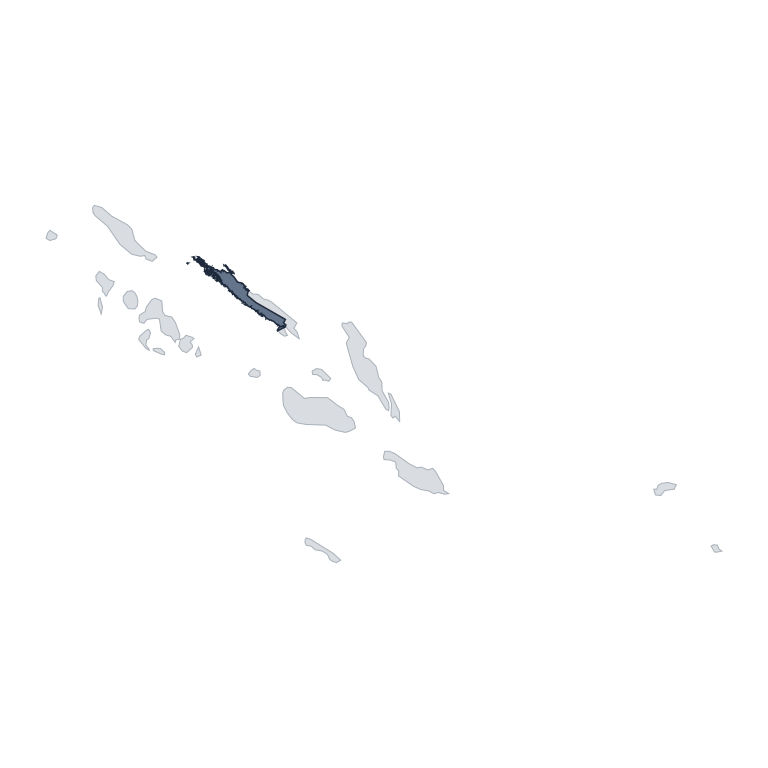 location of Hograno-Kia-Havulei, Isabel, Solomon Islands
{"feature_id": "97153195B62958617202697", "entity_name": "Hograno-Kia-Havulei", "entity_type": "district", "adm_level": 2, "iso_a3": "SLB", "parent_name": "Solomon Islands", "parent_adm1": "Isabel", "projection": "robinson", "projection_center": [158.602, -7.881], "detail": "fine", "context": "in_parent", "style": "filled", "palette": "slate", "viewbox_px": 768, "rotation_deg": 0, "n_neighbors": 0, "source": "geoboundaries", "source_scale": "gbopen_adm2", "svg_char_len": 9750}
<svg xmlns="http://www.w3.org/2000/svg" viewBox="0 0 768 768"><path d="M291.3,387.6L304.5,398.5L310.2,397.5L327.6,397.7L337.9,405.6L343.9,409.2L347.3,416.2L351.5,417.8L354.0,421.4L355.5,427.9L349.1,431.4L345.3,432.4L335.2,430.1L325.6,425.1L306.4,424.5L297.5,423.0L294.4,421.1L291.6,418.6L287.1,412.5L283.5,405.3L283.0,401.1L282.7,393.1L283.8,390.2L287.4,387.3L291.3,387.6ZM351.5,322.0L366.4,342.4L365.8,346.0L363.7,348.3L363.1,355.2L365.0,357.8L369.1,359.0L376.0,366.3L379.0,378.0L381.9,382.0L382.0,390.6L388.6,402.4L389.1,408.1L388.5,410.7L385.8,409.2L377.9,395.8L368.9,390.0L367.9,387.5L358.8,379.6L352.8,366.5L346.2,343.0L349.3,337.4L341.9,326.0L342.2,323.0L347.6,323.5L348.6,322.2L351.5,322.0ZM297.2,332.2L299.2,338.7L291.1,332.9L285.0,326.0L267.5,318.4L263.7,314.5L260.6,314.0L251.6,307.6L242.8,303.3L236.1,295.5L232.8,294.2L227.3,288.1L221.9,284.1L220.0,276.7L214.8,271.6L213.5,269.4L230.2,273.5L237.9,281.6L244.5,286.1L246.8,289.4L252.8,294.0L258.1,294.4L263.4,298.9L268.3,300.2L272.1,302.5L296.9,322.9L293.9,328.3L297.2,332.2ZM409.3,463.8L416.9,467.8L421.3,467.1L427.8,469.9L432.7,468.3L435.8,471.9L443.6,485.8L443.6,490.4L448.7,493.6L444.4,494.2L438.4,492.5L433.7,493.7L428.9,491.0L420.7,489.5L413.5,486.3L398.6,476.0L398.7,470.9L396.3,468.4L395.6,462.0L390.2,460.0L384.0,459.6L383.5,456.6L384.7,451.3L389.3,451.3L394.9,453.6L409.3,463.8ZM155.1,254.8L157.0,257.2L152.3,261.3L146.2,259.1L144.7,255.5L140.4,256.3L131.9,254.3L120.0,244.5L107.4,226.1L95.3,215.9L93.0,212.7L92.7,207.5L94.3,205.4L101.9,207.6L111.6,216.1L127.5,224.8L131.9,229.3L134.7,240.0L137.4,243.1L146.0,251.4L155.1,254.8ZM171.8,317.1L175.5,322.7L179.9,335.2L179.1,339.5L176.0,339.7L175.1,342.4L170.9,336.4L165.3,334.7L161.2,331.0L159.4,319.0L156.1,318.2L147.0,319.4L144.0,323.3L139.8,322.1L138.9,318.5L139.6,315.0L145.2,311.6L146.3,307.1L151.9,299.5L155.3,298.2L161.8,301.0L162.7,311.8L165.0,315.4L171.8,317.1ZM340.7,560.2L336.5,562.6L332.7,561.4L329.8,559.6L327.4,554.3L322.3,551.1L315.1,549.7L311.3,546.3L306.3,545.3L304.9,542.4L305.3,539.5L306.1,537.9L310.8,539.4L333.0,553.2L340.7,560.2ZM107.0,295.3L105.8,296.2L103.8,292.5L102.4,291.4L102.4,287.3L96.3,280.6L95.8,276.0L99.3,271.4L104.1,274.1L108.8,279.7L114.3,281.6L113.1,285.4L108.2,292.1L107.0,295.3ZM137.3,306.1L134.8,309.0L128.3,308.6L123.3,301.5L123.3,296.3L127.2,291.5L132.0,290.7L134.6,292.5L137.0,296.5L137.9,301.6L137.3,306.1ZM192.5,347.3L186.6,352.7L182.2,350.9L178.7,346.3L180.5,339.2L184.0,337.8L185.9,335.3L192.3,337.3L194.0,338.6L190.1,342.0L192.2,344.8L192.5,347.3ZM674.6,489.1L664.7,490.6L660.8,495.5L655.7,495.0L654.0,490.9L654.0,489.0L656.7,489.3L658.2,485.4L661.2,483.4L668.1,482.5L676.4,484.7L674.4,488.2L674.6,489.1ZM399.4,411.7L399.7,421.5L395.1,416.2L393.0,418.1L391.0,415.5L391.5,404.0L388.3,393.1L390.9,394.1L399.4,411.7ZM149.2,349.3L149.2,350.3L145.9,348.4L138.6,339.2L139.9,336.1L146.6,330.1L148.7,329.3L150.5,333.0L148.9,338.5L146.7,339.9L145.8,345.0L149.2,349.3ZM316.4,368.6L321.6,369.4L330.8,378.5L328.7,381.3L324.4,379.9L322.9,380.5L321.5,377.4L316.9,374.7L312.7,374.4L312.1,371.2L316.4,368.6ZM257.5,377.4L250.4,376.4L248.3,374.0L250.8,370.7L254.0,368.4L256.8,370.4L259.9,371.0L260.2,375.3L257.5,377.4ZM55.9,238.8L49.8,240.5L46.1,238.3L47.7,233.0L49.8,230.3L57.3,235.1L55.9,238.8ZM287.5,335.3L284.7,336.2L280.4,333.7L278.6,331.4L279.5,327.8L282.0,326.5L284.8,328.9L285.1,331.3L287.5,335.3ZM721.9,551.1L716.6,552.2L714.5,552.0L711.1,546.1L713.7,544.7L717.5,545.2L718.7,548.7L721.9,551.1ZM164.7,352.4L164.5,354.8L161.1,354.1L153.4,350.5L153.1,348.8L157.5,348.2L160.7,348.7L164.7,352.4ZM102.5,307.1L101.2,314.0L98.1,305.5L98.8,298.6L99.9,297.7L102.5,307.1ZM201.2,355.1L196.8,357.0L195.3,354.3L198.6,346.9L201.2,355.1Z" fill="#d9dde1" stroke="#a8b0b8" stroke-width="1"/><path d="M285.9,325.0L283.5,322.8L285.4,319.5L284.7,319.0L256.0,302.6L247.2,295.4L247.9,292.0L249.1,290.6L248.2,290.2L248.3,289.4L247.7,290.5L246.0,290.1L245.7,288.6L244.1,287.8L245.9,286.7L245.8,286.3L243.9,285.7L244.1,285.0L242.8,283.6L241.8,283.7L241.9,283.0L237.5,282.2L234.0,276.9L230.4,273.7L230.2,271.8L227.1,273.0L223.9,270.4L223.3,271.3L222.4,269.8L221.4,270.4L220.9,272.5L218.7,270.6L217.6,271.1L217.4,269.8L214.1,269.5L213.6,267.9L211.9,267.3L212.2,267.9L211.4,268.7L212.2,269.6L211.6,269.8L212.8,270.1L211.9,270.4L212.3,271.1L214.7,272.4L214.9,273.2L215.6,272.7L219.4,276.5L220.4,278.6L220.0,280.3L220.4,279.7L221.5,280.2L221.2,280.4L221.4,281.3L220.9,282.6L221.3,283.5L221.6,282.7L223.8,285.4L224.2,284.6L225.4,285.0L225.5,286.3L226.8,286.1L229.8,290.3L231.4,290.6L229.4,290.5L229.6,291.4L230.7,291.3L231.8,292.6L232.3,291.6L233.1,293.1L232.4,293.0L232.6,294.4L234.1,294.0L234.6,295.3L235.0,294.9L235.7,295.4L235.0,295.5L235.5,296.8L236.5,296.9L235.9,295.6L237.0,296.5L237.5,297.6L237.2,297.9L237.6,298.4L238.4,298.1L239.5,299.4L240.1,298.9L241.8,301.2L243.1,301.1L243.5,302.1L242.9,302.8L245.0,302.4L246.3,305.0L247.5,304.3L246.6,305.1L249.5,306.9L250.5,307.2L250.2,306.6L251.3,306.2L250.9,307.4L251.9,308.6L253.8,308.8L255.4,310.7L256.1,310.3L256.5,310.4L256.2,311.2L257.6,310.8L256.9,311.6L257.7,312.8L258.2,312.3L259.1,314.4L260.1,313.7L260.2,314.6L261.5,314.0L262.8,314.5L262.9,315.1L261.6,314.8L261.5,315.9L264.0,315.3L266.1,317.9L266.0,318.9L266.8,318.3L269.8,320.2L270.9,319.9L271.9,320.9L273.3,321.0L276.6,324.3L278.2,324.5L277.8,325.5L278.9,325.2L280.1,326.7L283.3,325.7L285.2,326.8L285.9,325.0ZM217.4,276.4L213.2,272.0L212.4,272.2L212.7,273.0L211.6,272.8L210.5,272.3L211.0,271.5L209.9,271.9L208.0,270.1L207.8,270.8L206.8,270.6L208.4,272.3L208.2,272.7L206.4,272.2L207.2,272.1L206.3,270.7L205.8,271.6L203.9,271.1L206.2,273.1L208.1,273.2L207.2,275.2L208.5,274.1L208.8,275.6L209.8,275.3L210.5,276.3L208.8,273.5L209.8,273.3L210.6,274.0L211.4,273.6L211.1,274.4L212.8,275.6L214.2,274.1L214.6,275.0L213.6,275.3L214.0,275.8L217.4,276.4ZM211.5,267.7L209.8,266.4L208.7,267.0L207.5,265.8L207.1,266.8L208.1,267.4L207.2,267.3L205.7,265.7L202.8,264.7L202.7,263.2L201.0,263.0L202.1,266.0L206.1,267.9L208.1,269.9L210.8,270.6L210.7,270.6L210.8,270.3L211.0,270.1L211.0,269.6L210.3,268.9L210.9,269.1L210.4,268.6L211.1,268.7L211.5,267.7ZM284.4,327.3L281.8,326.2L280.4,326.9L279.4,326.8L277.3,330.2L277.6,330.9L284.4,327.3ZM203.0,261.2L202.5,260.4L201.3,262.6L199.9,262.2L199.6,261.6L201.1,261.9L202.2,260.2L200.4,259.5L199.5,259.9L200.0,261.3L199.4,260.8L198.7,261.4L197.7,260.2L198.2,261.5L197.2,261.9L199.3,263.0L200.7,265.1L200.8,262.9L202.5,262.5L203.0,261.2ZM220.0,278.6L218.9,276.3L219.0,276.9L218.1,276.4L217.7,277.1L218.3,276.9L218.7,277.3L216.4,277.8L219.3,279.5L219.2,278.7L220.0,278.6ZM200.3,259.1L198.8,259.2L199.5,258.8L198.5,258.5L198.1,258.9L197.9,259.0L197.7,258.3L197.2,258.8L198.9,260.6L199.3,259.7L200.3,259.1ZM231.5,272.2L230.7,270.2L229.0,269.3L229.7,271.4L231.5,272.2ZM215.3,278.8L214.5,278.3L214.8,277.7L213.3,276.9L213.2,278.2L215.3,278.8ZM195.2,257.3L193.5,257.7L194.2,259.9L194.8,259.3L194.6,257.7L195.2,257.3ZM228.3,268.8L227.5,267.0L226.4,267.3L227.8,269.0L228.3,268.8ZM220.7,282.2L221.0,280.7L219.8,281.5L220.7,282.2ZM200.4,258.7L200.0,257.8L199.3,257.0L198.0,256.8L200.4,258.7ZM233.3,273.0L232.7,271.3L232.2,271.5L232.2,272.3L232.6,273.1L233.3,273.0ZM202.4,259.8L201.3,258.9L200.6,258.7L200.7,259.5L202.4,259.8ZM204.1,262.1L203.2,261.8L203.4,262.8L203.8,263.4L203.4,262.6L204.1,262.1ZM205.5,263.8L204.8,262.8L204.0,263.4L204.4,263.8L205.5,263.8ZM218.9,281.0L218.2,279.9L217.8,280.3L218.2,281.0L218.9,281.0ZM218.0,279.6L217.6,279.0L217.1,278.9L217.3,279.9L218.0,279.6ZM246.1,304.9L245.5,304.2L244.6,304.4L245.3,305.0L246.1,304.9ZM206.9,264.1L206.3,263.9L206.3,265.0L206.5,265.0L206.9,264.1ZM218.4,279.9L218.8,279.5L218.4,279.3L218.4,279.9ZM202.4,260.4L203.2,260.1L202.5,259.8L202.4,260.4ZM194.2,257.0L193.6,256.8L192.9,257.0L193.8,257.3L194.2,257.0ZM209.0,266.1L207.9,265.8L208.5,266.5L209.0,266.1ZM212.2,277.1L212.2,276.3L212.0,276.5L212.2,277.1ZM247.7,289.2L247.1,288.9L247.0,289.0L247.1,289.7L247.7,289.2ZM226.3,265.8L225.7,265.1L225.5,265.5L225.5,265.8L226.3,265.8ZM226.1,286.4L225.5,286.3L225.3,286.1L225.1,286.5L226.1,286.4ZM188.3,264.4L187.2,263.4L188.1,263.0L187.3,262.9L187.2,263.4L188.3,264.4ZM195.8,260.1L195.8,259.5L195.3,259.7L195.8,260.1ZM205.9,274.0L205.9,273.3L205.7,273.8L205.9,274.0ZM205.6,271.1L205.7,270.5L205.1,270.4L205.6,271.1ZM205.0,270.3L204.7,269.8L204.7,270.4L205.0,270.3ZM207.7,265.8L207.3,265.3L207.1,265.3L207.1,265.6L207.7,265.8ZM236.9,297.7L237.2,297.4L236.9,297.2L236.9,297.7ZM206.7,270.1L206.9,269.6L206.4,269.8L206.7,270.1ZM221.5,284.1L221.7,283.6L221.3,283.9L221.5,284.1ZM234.0,273.5L234.0,273.2L233.3,273.1L234.0,273.5ZM223.9,286.3L223.6,285.6L223.9,286.3ZM196.9,260.3L197.0,259.9L196.6,260.1L196.9,260.3ZM262.6,316.4L262.6,315.9L262.3,316.3L262.6,316.4ZM216.6,279.4L216.6,279.0L216.2,279.0L216.6,279.4ZM261.1,315.2L261.3,314.8L260.9,314.8L261.1,315.2ZM212.1,265.4L212.5,265.9L212.1,265.4ZM253.8,309.8L253.7,309.4L253.8,309.8ZM231.3,273.8L231.5,273.5L231.2,273.5L231.3,273.8ZM217.3,281.7L216.8,280.9L216.4,280.8L217.3,281.7ZM204.5,260.9L204.0,260.6L203.7,260.8L204.5,260.9ZM216.0,273.8L215.7,273.5L215.8,274.0L216.0,273.8ZM211.3,270.5L211.2,270.0L211.3,270.5ZM229.2,290.5L229.1,290.2L228.9,290.5L229.2,290.5ZM226.5,266.6L226.1,266.6L226.4,266.8L226.4,267.1L226.3,266.9L226.1,266.8L226.1,266.7L226.1,266.8L226.3,267.1L226.5,267.0L226.5,266.9L226.5,266.6ZM219.6,281.3L219.7,281.0L219.4,280.9L219.6,281.3ZM211.6,270.8L211.0,270.3L210.8,270.5L211.6,270.8ZM228.0,269.8L228.1,269.5L227.8,269.5L228.0,269.8ZM221.0,283.7L220.9,283.5L220.8,283.3L221.0,283.7ZM207.8,270.2L207.7,269.9L207.5,270.2L207.8,270.2ZM216.8,274.6L216.7,274.3L216.4,274.5L216.8,274.6ZM224.1,265.6L224.3,265.4L224.0,265.2L224.1,265.6ZM261.4,314.5L261.4,314.1L261.2,314.4L261.4,314.5ZM203.7,264.1L203.2,263.9L203.2,264.1L203.7,264.1Z" fill="#64748b" stroke="#1e293b" stroke-width="1.5"/></svg>